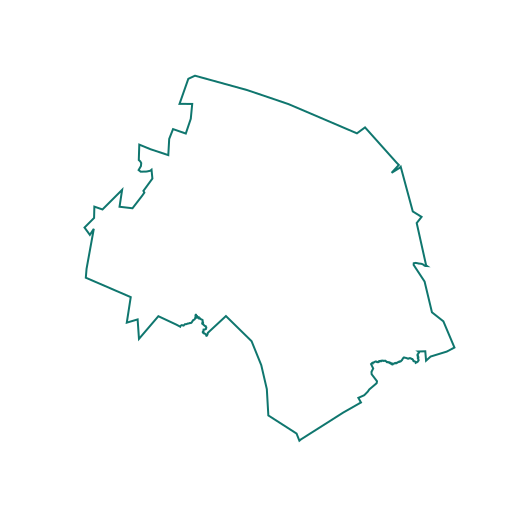 the district of Rodeo, Durango, Mexico, rotated 346°
{"feature_id": "50627088B73828506839390", "entity_name": "Rodeo", "entity_type": "district", "adm_level": 2, "iso_a3": "MEX", "parent_name": "Mexico", "parent_adm1": "Durango", "projection": "orthographic", "projection_center": [-104.523, 25.192], "detail": "fine", "context": "isolated", "style": "outline", "palette": "teal", "viewbox_px": 512, "rotation_deg": 346, "n_neighbors": 0, "source": "geoboundaries", "source_scale": "gbopen_adm2", "svg_char_len": 5413}
<svg xmlns="http://www.w3.org/2000/svg" viewBox="0 0 512 512"><g transform="rotate(346 256 256)"><path d="M255.3,444.8L302.8,429.0L322.4,423.5L321.0,418.4L327.2,417.3L328.3,416.7L331.7,414.6L333.6,412.9L342.3,408.6L343.1,406.8L339.6,398.7L340.0,396.4L342.5,393.5L341.5,388.7L342.0,388.4L342.5,388.3L342.6,388.0L342.9,387.9L343.2,388.1L343.4,388.3L343.8,387.7L344.0,387.6L344.8,387.8L345.1,387.7L345.6,387.4L346.1,387.4L346.4,387.3L346.6,387.3L347.0,387.4L347.3,387.6L347.6,387.8L347.6,388.1L347.8,388.3L348.0,388.4L348.3,388.4L348.6,388.3L348.8,388.4L348.9,388.5L349.0,388.6L349.3,388.6L349.5,388.5L349.7,388.1L349.8,388.0L350.1,388.1L350.3,387.9L350.2,387.9L350.3,387.7L350.7,387.8L351.1,388.1L351.4,387.9L351.5,387.9L351.9,388.3L352.0,388.4L352.3,388.4L352.5,388.3L352.9,388.0L353.2,388.0L353.4,388.1L353.5,388.2L353.9,388.3L354.2,388.6L354.3,388.6L354.5,388.7L354.8,388.7L355.0,388.6L355.4,388.8L355.6,388.9L356.1,388.9L356.2,389.1L356.3,389.3L356.7,389.5L356.9,389.8L357.0,390.0L357.1,390.3L357.2,390.6L357.6,390.7L357.7,390.8L358.0,390.7L358.2,390.9L358.3,390.9L358.5,391.1L358.8,391.1L359.1,391.1L359.2,391.4L359.3,391.4L359.4,391.6L359.5,391.6L359.8,391.7L359.9,391.8L359.9,392.0L360.0,392.0L360.1,391.8L360.6,392.1L360.6,392.7L360.8,392.7L360.8,392.9L361.0,393.2L361.3,393.2L361.2,393.4L361.3,393.6L361.7,393.9L361.9,394.2L362.0,394.2L362.2,393.9L362.3,394.0L362.5,393.8L362.7,394.0L362.8,393.9L363.0,393.9L363.4,393.7L364.4,393.8L364.6,393.6L364.9,393.8L365.0,393.8L365.1,393.7L365.4,393.8L365.4,393.6L365.5,393.6L365.8,393.5L366.1,393.6L366.3,393.8L366.5,393.8L366.8,393.9L367.5,393.5L367.8,393.5L368.0,393.4L368.3,393.3L368.6,393.4L368.9,393.2L369.1,393.2L369.3,393.1L369.5,393.2L369.8,393.1L369.9,393.3L370.1,393.2L370.3,393.3L370.5,393.3L370.6,393.1L370.8,393.1L371.2,393.1L371.4,393.0L372.2,392.4L372.4,392.4L373.4,391.3L374.1,390.8L374.2,390.7L374.3,390.5L374.9,390.2L375.3,390.3L375.5,390.5L375.9,390.8L376.3,390.9L376.8,391.1L377.2,391.4L377.9,391.8L378.1,392.1L378.4,392.3L379.4,392.3L379.5,392.5L379.8,392.4L380.0,392.3L380.3,392.3L380.7,392.3L381.4,392.8L381.7,393.0L381.8,393.3L382.1,393.6L382.4,393.6L382.8,393.8L383.1,394.4L383.1,394.7L383.3,395.0L383.4,395.3L383.3,395.8L383.5,396.2L383.6,396.3L383.9,396.3L384.1,396.4L384.4,396.6L384.8,396.9L385.0,397.2L385.1,397.6L385.1,398.3L385.5,398.2L385.6,397.9L385.8,397.9L386.0,397.8L386.5,398.0L386.8,397.8L387.2,397.7L387.5,397.6L387.7,397.2L388.0,397.0L388.2,396.8L388.5,396.7L388.6,396.4L388.6,395.4L388.2,394.7L388.3,394.5L388.5,394.2L388.5,393.7L389.0,393.7L389.1,392.7L388.8,392.2L389.0,392.1L389.0,391.7L388.7,391.1L388.9,390.7L389.1,390.7L389.4,390.3L389.5,390.3L390.1,389.8L390.2,389.3L390.4,389.1L390.9,389.0L391.0,388.8L391.3,388.6L391.1,388.5L391.0,388.3L390.7,388.0L397.2,389.4L395.7,398.7L401.1,395.8L418.0,394.9L426.4,392.8L422.0,364.7L413.1,353.2L413.4,321.6L406.8,302.8L407.1,301.8L407.3,301.2L409.2,301.3L411.2,302.2L411.6,302.4L411.8,302.5L412.2,302.8L412.6,302.9L413.1,303.0L413.6,303.2L414.8,303.7L415.5,304.2L416.3,304.9L416.5,305.1L416.9,305.8L417.1,306.0L417.7,306.5L418.1,306.7L418.7,306.9L419.2,307.0L419.5,307.1L418.8,306.3L419.9,262.9L426.1,258.1L418.9,250.7L418.0,204.4L416.7,205.2L407.7,208.1L416.6,202.2L414.9,199.3L392.9,157.6L383.6,161.4L324.3,116.5L287.6,92.9L240.4,66.3L233.2,67.7L218.6,89.9L230.9,93.0L225.9,107.1L219.8,116.6L217.5,120.2L206.2,112.8L200.1,121.4L195.3,136.9L179.5,126.9L169.7,119.7L165.5,134.5L166.6,136.2L167.1,138.1L166.1,140.9L162.9,144.2L164.5,146.3L170.3,147.6L174.0,147.7L175.5,147.0L174.2,155.8L162.5,165.6L163.0,167.5L160.1,170.0L147.7,179.8L135.5,175.2L142.1,159.4L118.3,173.7L111.1,169.0L108.1,179.9L96.5,186.9L99.9,195.3L105.2,190.4L88.5,227.4L85.6,235.9L111.8,255.9L124.5,265.6L114.5,289.4L125.8,288.9L122.4,308.1L146.7,290.8L162.2,303.4L165.3,306.2L165.5,305.8L166.0,305.5L167.1,305.1L167.7,305.3L168.4,305.8L168.9,306.0L169.1,305.8L169.4,305.6L169.9,305.4L170.5,305.0L171.0,305.1L172.2,305.3L173.2,305.0L173.7,305.1L174.1,305.1L174.5,305.2L175.4,305.0L175.9,305.0L176.5,305.3L177.4,305.0L178.7,303.8L178.8,303.6L179.1,303.5L179.5,303.2L179.7,302.9L180.4,302.9L181.1,302.6L181.6,302.1L182.0,301.8L182.2,301.7L182.1,301.2L182.5,300.8L182.7,300.5L182.8,299.9L182.7,299.5L183.1,298.7L183.3,298.4L183.5,298.4L183.6,298.5L183.6,299.2L183.7,299.8L183.7,300.1L183.9,300.6L184.0,300.6L184.1,300.2L184.3,300.2L184.3,300.5L184.6,301.0L184.6,301.3L184.4,301.4L183.8,301.5L184.0,301.7L185.0,301.6L185.3,301.5L185.6,301.5L185.7,302.1L185.6,302.5L185.6,302.8L186.3,302.9L186.5,302.9L186.7,303.5L186.9,303.5L187.2,304.0L187.8,304.4L188.5,305.0L188.7,305.3L188.5,306.1L188.5,306.5L188.1,307.1L188.5,307.5L188.5,308.1L188.3,308.2L188.0,308.4L187.5,308.5L187.5,308.8L187.7,309.1L188.2,309.6L188.9,310.7L189.9,312.0L190.2,312.0L190.3,312.6L190.5,313.1L190.5,313.4L190.4,313.7L190.1,314.0L189.8,314.2L189.6,314.8L189.3,314.8L189.0,314.9L188.8,314.9L188.6,314.9L188.3,314.9L187.8,314.8L187.6,314.8L187.3,314.7L187.2,314.9L187.2,315.2L187.0,315.5L186.9,315.7L186.9,316.0L186.8,316.4L186.4,316.4L186.1,316.6L185.9,316.9L185.9,317.3L186.1,317.7L186.3,318.0L186.6,318.2L186.8,318.5L187.0,318.4L188.1,319.5L188.2,319.9L188.4,320.2L188.4,320.3L188.6,320.8L188.5,321.3L188.8,321.5L189.2,321.3L189.5,320.9L190.0,320.4L190.1,319.9L190.6,319.2L190.7,318.9L212.3,307.0L231.1,337.6L234.7,363.2L234.3,387.8L229.4,413.7L252.4,438.1L253.4,445.7L255.3,444.8Z" fill="none" stroke="#0f766e" stroke-width="2"/></g></svg>